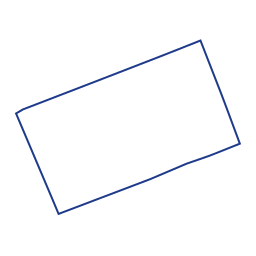 Seneca, Ohio, United States of America, rotated 159°
{"feature_id": "52423323B66347180618520", "entity_name": "Seneca", "entity_type": "district", "adm_level": 2, "iso_a3": "USA", "parent_name": "United States of America", "parent_adm1": "Ohio", "projection": "natural_earth1", "projection_center": [-83.185, 41.124], "detail": "fine", "context": "isolated", "style": "outline", "palette": "blue", "viewbox_px": 256, "rotation_deg": 159, "n_neighbors": 0, "source": "geoboundaries", "source_scale": "gbopen_adm2", "svg_char_len": 320}
<svg xmlns="http://www.w3.org/2000/svg" viewBox="0 0 256 256"><g transform="rotate(159 128 128)"><path d="M28.8,110.0L28.7,125.4L29.0,183.7L67.7,183.3L132.2,183.1L219.3,183.0L227.3,181.7L224.1,88.9L223.6,72.7L125.8,72.3L86.3,73.7L61.6,72.9L29.2,73.3L28.8,110.0Z" fill="none" stroke="#1e3a8a" stroke-width="2"/></g></svg>